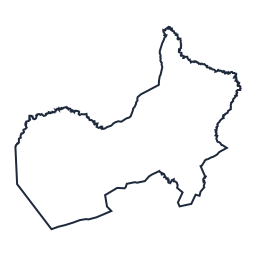 the district of Kaoma, Western, Zambia
{"feature_id": "96606910B45616226024157", "entity_name": "Kaoma", "entity_type": "district", "adm_level": 2, "iso_a3": "ZMB", "parent_name": "Zambia", "parent_adm1": "Western", "projection": "natural_earth1", "projection_center": [24.477, -14.518], "detail": "fine", "context": "isolated", "style": "outline", "palette": "slate", "viewbox_px": 256, "rotation_deg": 0, "n_neighbors": 0, "source": "geoboundaries", "source_scale": "gbopen_adm2", "svg_char_len": 5788}
<svg xmlns="http://www.w3.org/2000/svg" viewBox="0 0 256 256"><path d="M226.8,147.9L222.6,145.2L221.5,145.0L220.3,143.0L219.2,142.2L217.8,141.9L217.2,141.2L216.3,138.6L217.4,135.7L217.0,135.4L216.5,135.9L215.5,135.5L216.6,133.2L216.3,132.4L215.9,132.3L216.2,131.4L215.9,131.5L215.6,131.1L215.5,130.4L216.1,130.6L216.6,130.0L216.4,129.2L216.9,128.2L216.6,127.7L217.0,127.6L217.1,127.0L216.9,126.7L217.6,126.2L217.7,125.0L217.3,124.5L217.9,123.2L219.5,121.9L219.7,121.1L220.5,120.1L222.3,118.6L223.5,118.1L223.0,117.5L223.4,117.0L223.1,116.4L223.5,116.1L223.1,115.8L223.5,115.0L224.3,115.1L225.3,114.3L225.3,113.8L227.4,113.0L227.4,112.5L228.1,111.7L228.1,110.9L230.9,109.1L230.6,108.3L231.0,107.1L230.6,105.6L231.2,103.8L231.0,102.9L232.0,102.3L232.1,101.7L233.1,101.2L233.0,100.0L233.5,98.6L234.0,98.5L235.3,96.9L235.0,95.9L235.4,95.6L236.5,95.8L237.0,95.6L236.4,93.7L237.2,93.0L237.2,92.4L236.5,91.8L236.4,91.1L237.7,90.0L240.2,90.0L240.0,89.0L240.6,88.5L240.2,87.7L240.4,86.6L239.8,86.0L237.8,86.0L237.6,85.7L237.9,83.4L239.0,83.7L239.2,82.9L238.4,82.6L237.7,81.5L236.9,81.7L236.6,80.9L235.5,80.8L235.6,80.3L236.5,80.3L236.7,79.9L236.2,78.3L236.3,77.6L234.0,77.6L234.7,76.2L235.9,75.9L236.3,74.0L236.0,73.6L234.9,73.6L234.3,73.0L232.7,73.0L232.1,72.0L231.6,71.9L230.2,72.4L229.8,73.2L228.2,72.1L227.8,72.7L228.5,73.0L228.7,73.5L228.4,73.8L226.3,72.4L225.7,73.4L225.0,73.5L224.3,71.3L223.8,71.4L223.6,72.2L223.1,72.2L222.9,71.2L222.0,71.7L221.0,70.7L219.5,70.6L219.2,70.9L218.2,69.9L216.9,71.3L215.4,71.7L215.5,71.1L214.8,70.2L213.8,69.5L212.3,69.4L211.3,68.3L210.1,68.7L209.7,67.6L207.1,67.4L206.8,67.1L207.1,65.9L206.1,65.8L204.4,64.1L203.0,64.3L201.9,63.6L201.0,63.7L200.7,64.2L199.8,63.7L199.0,63.9L198.4,62.8L197.3,62.7L197.0,62.0L196.2,62.0L196.0,61.5L194.9,61.2L194.0,62.1L193.6,61.9L193.7,61.5L192.7,61.5L190.9,62.4L190.6,61.0L190.0,60.7L189.8,59.7L188.9,60.0L187.6,58.4L187.3,56.8L185.2,56.8L183.8,58.0L183.3,58.0L183.8,56.2L182.2,55.5L181.2,55.9L180.8,55.2L181.6,54.0L181.4,52.8L180.3,52.7L178.9,52.0L179.0,49.5L180.0,49.9L180.3,48.3L181.0,48.0L180.9,46.9L181.2,45.8L180.8,44.9L181.1,44.0L180.6,42.2L180.7,40.3L180.3,39.5L180.4,38.7L179.5,38.8L178.8,38.2L178.1,39.4L177.7,39.2L177.5,38.8L177.9,38.0L177.4,34.6L176.3,35.0L175.7,34.9L175.8,33.4L174.4,33.1L173.8,31.2L172.7,31.1L171.8,30.4L172.1,30.0L171.9,28.4L171.4,28.4L170.4,29.4L169.9,28.8L169.9,27.2L168.7,26.8L167.8,27.5L168.4,28.3L168.1,28.8L166.7,28.4L165.9,28.8L165.3,29.3L165.4,30.3L165.1,30.5L163.3,30.0L163.4,31.7L164.9,34.1L164.4,35.1L166.4,35.2L165.9,36.5L165.0,37.0L164.2,38.3L164.2,39.0L162.2,43.3L159.8,51.1L159.8,53.7L160.4,54.6L160.6,56.2L160.2,57.1L160.7,58.2L160.4,60.4L160.9,61.9L161.8,62.7L161.6,64.7L162.3,67.1L160.6,74.7L159.7,76.3L159.0,80.8L158.8,84.9L140.8,94.4L137.7,97.1L137.3,98.2L137.5,100.5L136.1,102.4L136.0,103.9L134.7,106.8L133.2,108.5L132.8,110.6L130.7,116.3L129.1,117.6L126.6,118.3L121.3,121.7L118.2,121.3L115.3,122.3L113.0,123.7L112.1,124.9L110.9,125.8L107.2,127.0L104.9,128.5L102.1,129.0L101.3,128.4L102.1,127.6L102.3,127.0L101.9,126.5L101.2,126.5L98.7,127.9L96.6,126.8L97.5,123.5L96.1,123.7L94.8,124.6L94.3,124.3L94.1,123.8L94.6,122.7L94.5,121.2L93.7,121.2L93.0,121.8L92.3,120.6L91.2,119.9L90.2,120.2L89.5,120.0L88.7,117.3L88.0,117.1L87.5,117.6L86.9,117.0L86.5,113.9L84.5,114.4L81.6,114.1L79.7,115.0L78.6,114.0L79.2,112.0L78.7,111.3L75.3,110.7L74.6,111.8L74.5,111.2L73.6,111.1L73.4,111.4L73.0,110.8L72.6,111.2L72.1,110.5L71.3,111.4L71.2,110.9L70.8,110.8L71.1,110.4L70.7,110.4L70.6,109.2L70.2,108.7L69.1,108.6L68.5,109.2L68.2,108.3L67.7,108.4L67.0,107.5L66.8,107.9L66.2,107.2L65.2,107.7L65.3,108.2L64.8,107.4L63.5,107.8L63.0,108.4L61.9,108.0L61.7,109.0L60.6,109.4L60.0,109.1L60.0,108.7L59.5,108.9L59.1,108.4L58.9,109.1L58.6,108.6L58.3,108.8L58.5,109.5L58.0,109.0L57.8,109.3L57.0,109.0L56.5,110.0L55.7,109.8L56.0,110.2L55.7,110.5L55.5,111.5L54.3,111.4L54.6,111.5L54.4,112.3L52.6,111.8L52.5,112.5L51.1,112.9L50.8,112.4L50.0,112.6L49.1,112.3L49.3,113.0L48.5,112.8L47.7,113.6L47.0,113.4L46.6,114.0L46.5,113.7L45.9,113.9L46.0,114.7L45.2,115.6L43.8,115.9L41.7,114.3L41.3,114.5L41.3,114.2L40.1,114.7L39.0,114.0L37.3,114.4L36.4,115.2L37.0,115.5L36.3,116.5L36.3,117.7L35.7,118.5L35.3,118.1L35.4,118.3L34.5,119.2L33.0,118.6L32.7,116.6L31.6,116.6L31.5,115.8L30.2,115.8L30.5,116.2L29.6,116.4L29.8,116.7L29.3,117.4L29.3,118.4L29.9,119.0L29.6,119.2L29.8,119.9L28.8,120.3L28.7,121.0L26.2,121.6L25.9,122.9L25.5,123.1L25.3,124.2L25.6,125.0L25.8,124.9L25.6,125.4L26.0,125.6L25.9,126.2L26.7,127.6L25.3,129.0L23.5,129.7L23.4,130.7L24.0,131.7L23.8,132.4L22.6,133.5L21.7,133.3L21.2,133.8L20.5,136.1L20.8,137.7L18.9,138.7L18.9,142.5L18.3,143.3L17.8,143.1L17.1,143.6L17.1,144.1L15.9,145.2L16.0,145.8L15.4,146.6L17.1,184.1L51.5,229.2L58.8,226.6L64.7,225.2L73.1,222.6L79.9,220.1L85.9,219.1L88.6,219.4L96.5,217.3L111.3,211.0L107.0,206.5L105.1,195.1L117.2,187.9L124.6,188.3L125.7,187.2L126.8,183.8L134.8,182.2L137.1,182.7L144.9,181.1L148.9,176.5L152.0,174.5L159.2,171.1L159.2,171.5L162.3,173.2L162.3,173.5L161.5,173.6L161.7,174.5L162.5,174.4L163.3,173.7L164.1,174.1L164.8,175.5L164.3,177.1L165.7,177.1L166.4,178.0L166.2,178.7L166.8,178.9L167.5,178.5L167.5,179.4L168.1,180.5L168.3,179.5L168.6,179.5L168.8,181.2L168.2,182.0L168.5,182.6L169.0,182.3L170.3,183.1L171.8,180.2L173.8,179.3L173.6,181.3L175.4,181.5L177.1,183.1L177.1,184.0L177.7,185.2L177.1,187.8L182.6,192.4L177.9,202.5L179.6,206.4L191.3,203.9L195.6,194.7L199.5,195.8L200.6,191.6L204.2,187.3L203.9,187.1L203.8,185.8L204.8,182.7L204.3,181.2L203.7,181.6L203.7,181.1L203.3,181.0L203.2,179.5L203.4,178.9L205.0,177.8L205.6,176.8L204.9,176.8L205.2,176.4L204.8,176.3L204.9,175.9L200.6,166.1L201.8,165.6L204.5,161.5L204.7,160.7L205.9,159.6L207.8,159.2L211.4,157.3L213.2,156.8L217.0,154.6L219.3,152.0L226.8,147.9Z" fill="none" stroke="#1e293b" stroke-width="2"/></svg>